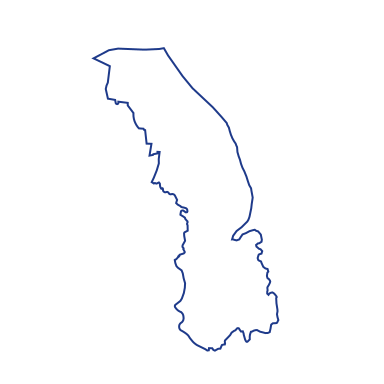 Menbij, Aleppo, Syria, rotated 164°
{"feature_id": "27442178B68936835306318", "entity_name": "Menbij", "entity_type": "district", "adm_level": 2, "iso_a3": "SYR", "parent_name": "Syria", "parent_adm1": "Aleppo", "projection": "equal_earth", "projection_center": [38.131, 36.027], "detail": "fine", "context": "isolated", "style": "outline", "palette": "blue", "viewbox_px": 384, "rotation_deg": 164, "n_neighbors": 0, "source": "geoboundaries", "source_scale": "gbopen_adm2", "svg_char_len": 5845}
<svg xmlns="http://www.w3.org/2000/svg" viewBox="0 0 384 384"><g transform="rotate(164 192 192)"><path d="M134.2,179.3L135.1,182.8L135.3,186.9L135.4,190.9L135.4,191.0L135.4,191.7L135.8,195.4L136.0,197.4L136.8,201.5L137.1,205.5L137.0,209.9L137.3,213.4L137.3,217.9L136.6,221.3L136.3,222.7L136.6,224.6L136.7,226.5L137.3,228.3L137.7,229.6L138.4,232.7L138.6,234.7L138.8,236.0L138.9,240.2L138.8,243.7L139.6,247.0L139.6,248.7L143.0,256.2L148.7,267.8L162.9,291.6L169.1,305.9L177.4,329.9L179.4,338.0L184.1,338.5L196.3,341.4L199.6,342.3L223.5,350.2L232.8,351.2L249.8,347.6L236.3,335.6L242.8,320.3L244.8,317.9L246.5,314.8L247.1,304.9L240.5,301.7L240.8,298.5L240.8,298.4L240.7,298.1L240.6,297.8L240.3,297.5L240.0,297.3L239.9,297.2L239.7,297.1L239.3,297.1L239.1,297.2L238.9,297.2L238.7,297.3L238.6,297.5L238.3,297.7L237.9,299.1L229.2,295.4L229.9,292.9L226.5,284.0L226.8,283.3L227.0,282.4L227.2,281.6L227.4,280.8L227.5,280.0L227.6,279.1L227.7,278.3L227.7,277.6L227.7,276.7L227.7,275.9L227.6,275.0L227.5,274.4L227.4,273.5L227.2,272.7L227.0,271.9L226.9,271.2L226.5,270.3L226.3,269.5L225.9,268.7L225.5,267.8L221.2,266.2L220.9,264.9L220.0,264.4L222.3,251.0L217.7,249.5L222.8,238.7L219.3,238.4L218.8,239.0L214.5,238.6L214.1,240.1L212.1,239.4L214.9,232.8L216.0,228.6L220.0,222.4L224.8,216.2L228.0,212.6L226.3,210.7L225.9,210.9L225.6,210.9L225.3,210.8L225.1,210.7L224.8,210.6L224.7,210.5L224.4,210.2L224.2,210.1L223.9,209.9L223.6,209.9L223.2,209.9L222.9,210.0L221.2,210.3L220.6,209.0L221.0,206.8L221.1,205.6L220.8,204.2L220.8,203.9L220.7,203.7L220.4,203.5L220.2,203.4L220.1,203.5L219.8,203.7L219.6,203.8L219.4,203.8L219.3,203.7L219.2,203.6L219.1,203.3L219.1,203.2L219.4,201.3L219.3,200.5L218.7,199.7L218.4,199.4L218.1,199.2L217.8,199.1L217.4,199.0L217.1,199.0L216.6,199.0L216.2,199.0L215.8,198.9L215.6,198.8L215.4,198.6L215.1,198.3L214.9,198.0L214.7,197.6L214.6,197.0L214.5,196.8L214.4,196.6L214.2,196.4L214.1,196.2L213.9,196.1L213.7,195.9L213.4,195.8L213.0,195.6L212.9,195.6L212.4,195.6L212.0,195.6L211.6,195.5L211.2,195.4L210.8,195.1L210.4,194.9L210.1,194.6L209.8,194.2L209.6,193.8L209.4,193.3L208.5,188.5L209.4,187.2L210.3,185.7L209.2,183.8L206.9,181.5L206.5,180.6L205.4,179.9L204.7,179.6L204.0,179.2L203.5,178.9L202.8,178.4L202.6,178.3L202.4,178.1L202.2,178.0L202.0,177.8L201.9,177.6L201.8,177.4L201.7,177.2L201.6,176.9L201.5,176.7L201.5,176.4L201.5,176.2L201.5,175.9L201.8,174.5L202.3,174.0L203.5,174.1L203.9,174.5L205.5,176.6L206.0,176.8L206.4,176.9L206.9,176.9L207.3,176.8L207.6,176.7L207.9,176.5L209.2,173.9L209.4,173.3L207.2,170.9L205.9,169.3L205.9,168.1L204.8,165.6L204.7,165.4L204.5,165.2L204.5,164.9L204.5,164.7L204.5,164.3L204.6,164.1L204.8,163.9L205.6,162.7L205.6,162.1L205.4,161.3L206.8,156.0L210.2,155.3L210.4,155.2L210.5,155.1L210.8,154.8L210.9,154.6L211.0,154.5L211.6,151.9L212.1,147.0L215.7,143.4L216.3,141.9L215.6,140.2L216.1,139.5L215.5,136.6L215.7,135.9L216.9,135.2L221.0,135.1L221.8,134.6L221.7,134.1L222.7,133.4L223.1,133.7L223.6,133.1L224.1,132.7L224.6,132.4L225.1,132.1L225.6,131.8L226.2,131.6L226.5,131.6L226.8,131.6L227.0,131.5L227.3,131.4L227.6,128.3L227.4,125.1L226.5,123.2L223.6,119.5L223.3,116.4L223.8,111.4L223.8,106.2L225.3,101.9L227.7,97.1L231.1,92.4L233.2,90.5L238.9,88.2L239.2,88.1L239.4,87.8L239.7,87.6L239.8,87.3L240.0,86.9L240.0,86.5L240.0,86.2L240.0,85.9L239.8,85.4L239.5,84.7L239.3,84.1L239.0,83.5L238.7,83.0L238.4,82.5L238.0,81.9L237.7,81.5L237.3,81.1L236.9,80.7L236.5,80.3L236.1,79.9L235.6,79.6L235.3,79.1L235.1,78.6L234.9,78.2L234.7,77.8L234.6,77.4L234.5,77.0L234.5,76.6L234.4,76.1L234.4,75.7L234.5,75.3L234.5,74.7L234.7,74.1L234.7,73.6L234.8,73.2L234.9,72.8L235.2,72.3L235.4,71.8L235.6,71.4L235.9,71.0L236.2,70.7L236.6,70.3L237.0,70.0L237.3,69.8L237.6,69.6L238.0,69.5L238.4,69.3L238.8,69.2L239.1,69.1L239.4,68.9L239.7,68.7L240.1,68.4L240.4,68.1L240.7,67.8L241.0,67.3L241.2,66.9L241.4,66.4L241.5,66.0L241.6,65.5L241.7,65.0L241.7,64.5L241.6,64.0L241.6,63.6L241.4,63.2L241.3,62.9L241.2,62.6L241.0,62.3L240.1,61.4L239.3,60.6L238.5,59.7L237.8,58.9L237.0,57.9L236.3,57.0L235.7,56.0L235.1,55.0L234.9,54.2L234.6,53.3L234.4,52.5L234.1,51.7L233.5,50.3L232.6,48.2L232.1,47.2L231.6,46.4L231.0,45.5L230.4,44.7L229.7,43.8L229.0,43.1L222.6,37.3L221.0,35.4L219.5,35.2L218.7,37.2L215.6,36.2L215.0,34.3L213.7,33.2L210.4,34.0L209.7,34.0L209.2,33.9L208.7,33.8L207.9,33.6L205.5,36.6L203.7,36.7L202.5,36.4L202.0,37.2L201.7,39.2L201.2,40.2L197.7,42.2L194.8,43.9L192.7,45.9L189.9,46.9L188.4,47.1L187.3,47.8L186.2,48.5L185.3,48.5L184.4,47.8L184.3,47.0L183.9,45.8L183.3,44.3L181.6,44.1L181.4,41.9L181.6,40.3L181.6,38.4L181.6,36.9L181.6,35.5L181.3,33.9L181.0,33.2L180.5,32.8L179.8,32.9L177.1,34.4L176.4,37.0L175.6,38.9L173.9,41.4L172.4,41.3L171.1,41.7L169.2,41.7L167.6,41.4L165.0,38.9L162.7,37.6L160.4,36.2L158.0,35.6L155.9,35.9L155.2,37.2L154.2,39.0L153.1,41.3L152.4,42.7L150.5,43.5L147.9,42.9L146.7,42.7L145.7,43.5L144.9,44.5L144.3,45.1L144.3,48.2L144.0,51.1L142.7,53.7L142.3,55.4L141.5,61.7L140.6,65.6L140.3,66.9L139.6,67.5L139.5,68.1L140.2,70.0L141.0,71.7L141.7,72.6L142.4,73.3L143.6,73.4L144.8,73.3L146.0,72.8L146.8,72.1L147.7,73.6L147.1,75.6L146.4,76.7L146.0,79.1L145.5,79.9L143.7,81.5L142.2,83.2L141.5,84.3L141.5,85.4L142.2,87.3L143.1,88.2L143.2,89.9L143.0,91.0L141.7,93.8L140.6,94.4L140.6,97.2L141.8,97.8L142.7,98.5L144.1,100.4L144.7,104.4L144.8,106.2L146.5,107.6L147.1,108.5L147.1,110.4L145.4,113.1L144.6,113.6L142.2,113.6L140.8,115.8L141.9,118.1L143.2,118.9L145.1,121.8L145.0,123.4L142.8,124.4L141.5,124.2L138.9,125.0L138.0,126.9L137.6,132.1L139.3,135.9L141.1,137.1L142.1,138.4L144.0,138.5L147.5,138.5L151.5,137.6L155.1,137.3L158.0,134.9L159.6,133.4L162.5,133.2L164.4,134.3L165.9,135.3L166.5,135.4L164.5,138.6L159.9,142.2L154.0,144.5L146.9,148.4L146.2,149.1L145.5,149.7L144.9,150.5L144.3,151.3L143.6,152.3L143.0,153.4L139.5,160.1L137.9,164.0L135.2,169.9L134.5,177.0L134.2,179.3Z" fill="none" stroke="#1e3a8a" stroke-width="2"/></g></svg>